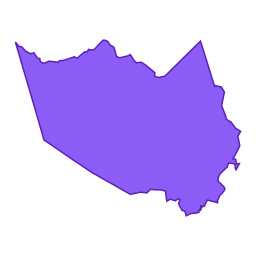 outline of Harris, Texas, United States of America
{"feature_id": "52423323B68186618035588", "entity_name": "Harris", "entity_type": "district", "adm_level": 2, "iso_a3": "USA", "parent_name": "United States of America", "parent_adm1": "Texas", "projection": "natural_earth1", "projection_center": [-95.269, 29.834], "detail": "fine", "context": "isolated", "style": "filled", "palette": "violet", "viewbox_px": 256, "rotation_deg": 0, "n_neighbors": 0, "source": "geoboundaries", "source_scale": "gbopen_adm2", "svg_char_len": 2025}
<svg xmlns="http://www.w3.org/2000/svg" viewBox="0 0 256 256"><path d="M49.1,61.2L43.6,63.4L40.2,61.5L39.8,58.5L37.6,58.2L33.9,52.8L30.3,53.7L25.0,50.6L22.1,47.1L18.8,46.1L15.4,42.1L34.9,108.5L44.0,140.0L47.0,142.0L60.1,150.9L64.6,154.1L73.6,160.2L73.9,160.4L77.4,162.8L81.4,165.4L87.9,169.9L93.0,173.2L93.2,173.3L96.3,175.0L98.7,176.4L125.5,191.6L130.3,194.3L140.7,192.2L147.0,192.9L150.3,189.4L157.5,190.0L159.8,189.7L165.2,190.9L165.5,191.8L166.8,201.2L170.2,199.2L174.9,200.6L175.4,200.8L178.2,198.7L179.9,199.7L178.5,203.6L182.0,210.3L184.9,211.3L186.2,215.8L191.1,213.5L196.2,213.1L196.5,212.9L196.7,212.6L196.9,212.5L197.2,212.4L197.6,212.5L197.8,212.7L198.1,212.7L198.5,212.6L198.8,212.5L198.9,212.4L199.0,212.3L199.0,212.0L198.8,211.5L198.6,211.1L198.5,210.9L198.7,210.7L199.1,210.6L199.2,210.3L199.1,210.0L199.2,209.8L199.5,209.6L199.8,209.8L199.9,210.0L200.0,210.4L200.2,210.5L200.4,210.4L200.5,209.9L200.6,209.7L201.0,209.3L201.2,208.6L201.2,208.3L200.9,207.9L200.9,207.6L200.9,207.2L200.6,206.7L200.5,206.4L200.6,206.1L201.1,205.9L201.6,206.4L201.8,206.6L201.8,207.0L202.0,207.1L202.4,206.9L202.7,206.6L202.8,206.2L203.5,206.4L204.1,206.4L207.4,200.0L217.6,202.7L217.4,201.0L217.4,200.9L217.8,200.0L219.7,195.8L223.7,191.4L225.0,188.8L223.7,186.5L218.4,181.5L218.0,178.8L218.8,176.1L219.0,175.9L220.2,173.6L225.6,168.5L227.2,167.0L228.6,162.9L233.6,163.6L235.0,164.9L235.4,168.6L236.1,169.8L239.4,163.6L236.4,163.7L235.8,159.3L233.0,158.8L236.6,152.3L239.8,145.7L237.8,136.3L240.6,131.4L235.3,128.0L231.4,122.5L226.3,119.2L225.3,114.9L221.6,105.7L224.4,92.0L221.3,87.0L215.5,85.6L214.6,86.4L209.1,68.8L200.5,41.1L179.3,61.9L167.7,73.4L164.7,76.2L158.4,77.5L154.6,76.2L154.9,72.8L145.4,64.8L140.9,62.2L136.4,62.8L134.3,60.7L130.3,54.6L127.7,55.9L119.5,57.8L116.6,56.5L113.9,47.2L110.1,45.0L107.8,41.5L105.1,40.2L103.1,40.2L98.1,45.1L94.6,49.2L93.3,49.6L92.2,50.1L88.4,49.4L87.5,51.7L84.8,51.7L77.1,58.2L74.3,56.8L63.9,60.3L59.4,60.7L58.2,62.2L49.1,61.2Z" fill="#8b5cf6" stroke="#5b21b6" stroke-width="1.5"/></svg>